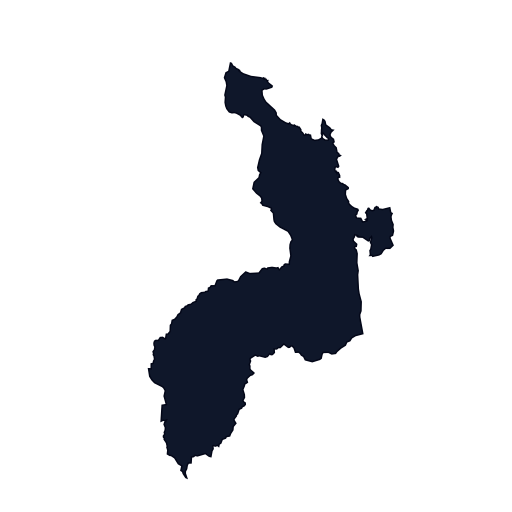 outline of Pisco, Ica, Peru, rotated 163°
{"feature_id": "86281439B1957856782963", "entity_name": "Pisco", "entity_type": "district", "adm_level": 2, "iso_a3": "PER", "parent_name": "Peru", "parent_adm1": "Ica", "projection": "natural_earth1", "projection_center": [-75.992, -13.889], "detail": "fine", "context": "isolated", "style": "filled", "palette": "ink", "viewbox_px": 512, "rotation_deg": 163, "n_neighbors": 0, "source": "geoboundaries", "source_scale": "gbopen_adm2", "svg_char_len": 6126}
<svg xmlns="http://www.w3.org/2000/svg" viewBox="0 0 512 512"><g transform="rotate(163 256 256)"><path d="M332.2,93.7L329.0,96.4L327.7,99.6L324.2,101.9L325.1,105.4L324.6,106.6L321.5,108.8L321.2,109.9L319.8,110.4L317.0,114.3L314.3,114.7L313.2,115.9L311.3,116.1L309.7,117.1L309.3,118.6L310.5,120.1L310.8,121.7L308.4,124.1L307.7,126.9L307.7,132.1L305.0,135.4L304.5,136.7L301.2,137.7L301.2,140.4L300.2,141.7L296.6,143.5L294.1,143.6L292.2,144.7L294.7,148.8L294.8,150.2L294.0,152.6L294.2,154.1L291.9,157.2L292.1,158.5L291.5,159.8L285.6,161.5L283.7,159.7L281.9,159.6L276.8,156.5L274.5,156.6L271.5,158.6L270.4,157.2L269.1,157.0L266.7,158.3L265.9,161.8L263.3,161.1L261.6,161.9L259.6,161.4L255.1,163.7L251.8,159.2L250.5,158.9L249.4,159.6L247.8,159.6L246.5,156.9L246.4,152.4L243.3,151.6L242.0,149.7L241.6,148.0L239.8,146.0L239.2,142.3L233.1,138.5L225.3,138.5L223.6,139.1L221.6,142.7L220.0,144.2L214.8,142.7L212.2,140.2L208.4,139.6L206.6,141.0L201.7,143.2L196.6,144.6L194.4,147.2L191.0,147.5L188.5,149.7L184.2,150.8L176.6,150.5L174.7,167.1L174.0,169.7L171.7,172.8L168.8,181.5L168.5,189.7L167.8,194.5L164.3,208.4L162.6,212.1L161.6,220.0L158.6,228.7L158.4,232.5L159.4,234.2L159.3,235.2L158.6,236.1L157.3,235.9L156.3,237.8L158.5,241.8L158.3,243.8L156.3,245.6L155.3,247.5L152.7,245.7L152.4,244.7L153.1,244.7L152.7,244.3L148.4,242.8L144.2,237.6L143.2,237.5L142.2,239.4L139.9,240.8L140.0,239.3L142.5,235.6L142.1,233.0L144.3,228.8L145.4,227.9L146.2,223.8L146.9,223.2L144.8,222.7L144.5,221.6L138.2,221.1L135.7,221.6L132.6,224.3L129.8,225.5L125.7,224.2L121.8,226.2L122.7,234.2L121.8,235.5L119.4,235.9L117.2,239.7L116.8,243.4L115.7,246.0L116.1,250.5L115.6,253.6L115.1,254.9L113.4,256.9L114.5,258.0L114.0,263.0L121.3,263.4L125.0,265.1L125.0,266.8L126.3,267.9L126.8,267.0L127.6,267.7L128.2,267.4L129.9,265.2L131.5,265.3L133.2,266.3L134.2,268.7L134.9,268.7L136.3,266.7L136.7,266.9L138.5,265.3L137.8,264.0L138.6,259.3L140.2,259.0L139.1,258.3L139.1,257.7L139.8,257.1L140.4,257.1L140.4,257.6L141.6,257.0L144.1,257.4L144.8,261.4L148.5,262.7L148.9,263.6L148.8,266.2L147.3,266.7L146.4,268.5L144.9,269.9L145.1,271.0L148.0,273.0L150.0,275.3L151.7,278.3L152.0,279.9L151.5,281.0L152.5,284.4L152.6,288.7L151.1,292.9L148.1,293.5L147.8,294.4L150.1,297.9L151.5,298.8L151.9,299.9L153.6,300.6L154.9,302.8L155.3,304.8L154.9,306.5L154.0,307.4L153.0,306.9L152.5,308.5L152.9,311.7L153.9,312.1L154.3,311.6L154.3,312.5L154.5,312.2L155.2,313.3L155.5,315.5L154.4,317.8L153.2,318.0L151.7,316.9L150.7,317.7L150.8,325.1L148.0,327.5L146.9,327.0L145.9,327.4L147.0,328.4L147.0,329.9L148.2,331.3L147.7,336.1L149.1,338.7L149.6,341.2L149.2,342.0L148.0,342.3L147.8,345.0L149.6,347.6L150.0,350.1L148.2,352.4L145.5,353.8L147.1,354.6L148.0,357.0L151.0,361.0L150.7,364.6L151.2,366.1L152.1,367.1L154.0,363.3L155.3,361.8L155.6,359.4L157.7,354.0L157.4,351.0L156.8,355.5L153.1,348.1L152.4,347.6L152.2,346.6L153.3,345.7L155.9,346.5L157.9,348.8L158.2,350.8L158.9,349.5L162.3,348.7L166.2,349.4L169.0,351.9L168.6,355.6L169.3,355.6L170.1,356.9L172.1,357.1L172.7,358.1L173.8,357.2L174.7,357.4L175.5,360.3L176.7,362.1L176.2,363.7L177.0,366.5L177.7,366.4L178.3,367.7L179.6,368.2L181.0,369.9L181.5,369.3L182.5,370.4L183.4,370.5L184.8,372.5L184.9,373.4L186.3,372.9L188.8,374.7L193.0,379.3L195.5,384.6L194.9,387.0L195.6,390.1L201.6,400.3L202.5,403.6L203.0,407.9L201.9,412.8L199.3,413.5L197.2,412.7L191.6,412.8L190.8,413.8L193.7,418.0L194.0,419.5L193.5,420.3L194.3,420.5L194.9,422.3L195.9,422.4L195.8,423.3L196.7,423.1L196.8,424.1L197.9,424.0L199.6,425.2L208.3,429.1L215.0,434.0L217.2,436.6L217.5,438.3L218.1,438.2L218.3,439.4L220.5,441.4L220.9,442.7L222.7,444.6L223.2,447.4L224.0,448.0L228.0,440.6L231.1,440.0L234.0,435.7L233.5,431.4L234.0,427.5L238.7,419.0L238.7,416.9L240.6,411.9L241.0,408.4L240.8,405.4L239.4,401.6L237.2,400.0L234.7,399.5L232.9,398.4L229.8,395.2L228.6,392.5L227.6,392.8L226.8,394.2L225.9,394.7L223.3,393.2L222.7,391.9L221.0,390.4L218.6,385.1L213.4,379.1L213.1,377.5L214.0,374.6L213.4,368.4L217.5,360.7L220.5,352.4L224.5,347.0L228.5,340.1L228.8,337.1L227.0,334.3L228.8,332.6L230.2,330.0L236.2,327.0L239.4,321.2L237.1,316.0L234.4,312.1L233.6,309.8L234.2,306.6L235.9,305.5L235.1,304.5L234.7,302.6L230.2,299.8L227.4,297.3L227.4,296.4L228.4,295.3L226.8,292.0L228.2,285.3L228.3,283.6L227.5,281.0L224.5,276.6L218.1,270.3L216.7,265.6L216.4,261.6L216.8,260.4L218.4,259.4L220.1,256.8L221.3,253.5L222.6,245.8L225.7,240.9L226.6,238.3L230.4,239.8L231.7,239.3L232.3,238.2L234.5,238.0L237.6,235.9L238.1,236.4L238.4,238.4L240.0,238.5L244.0,240.4L248.2,241.1L249.3,240.2L251.6,241.9L253.7,242.0L258.2,238.8L267.1,241.0L270.5,243.7L276.7,240.7L280.0,237.3L281.5,237.0L284.3,237.5L285.4,239.3L290.5,242.4L299.7,244.2L300.6,243.7L303.9,239.5L307.6,240.6L309.0,239.4L310.8,239.2L311.9,236.6L312.5,236.4L314.5,236.7L315.5,236.2L319.0,236.9L320.8,236.3L322.4,234.7L323.3,234.5L324.9,232.1L326.1,231.6L326.4,230.1L329.9,229.9L332.1,228.8L335.2,229.1L336.5,228.4L338.4,228.4L339.4,227.3L342.8,226.7L344.8,223.7L347.7,222.7L349.4,220.9L352.3,219.2L354.9,219.0L356.6,215.7L358.1,214.8L360.1,209.0L363.1,207.0L364.6,207.4L366.5,203.6L367.2,203.3L369.1,205.5L371.4,206.0L374.0,203.8L376.6,204.6L377.9,204.2L379.0,202.6L379.5,200.6L379.2,198.4L379.9,197.5L380.1,196.4L382.4,194.6L382.4,192.8L383.1,191.6L382.7,190.1L383.2,186.9L384.7,185.4L385.7,183.4L387.7,183.5L389.2,178.7L391.7,179.6L392.8,172.0L391.7,167.9L390.0,164.5L383.8,158.6L382.8,157.0L382.1,153.7L384.8,148.9L385.1,140.1L389.4,140.7L395.0,125.8L392.8,126.1L391.3,125.3L389.6,125.3L390.9,123.8L391.8,123.8L393.1,121.8L392.8,118.4L393.8,115.9L395.3,114.1L395.3,112.4L397.2,110.9L397.4,109.7L396.8,108.9L397.4,107.5L396.2,103.5L396.5,99.8L397.1,99.2L397.1,96.1L398.6,92.6L396.8,90.6L395.4,90.0L392.8,86.8L391.0,80.0L388.2,77.0L390.5,72.9L389.2,71.3L389.2,69.2L387.9,64.7L387.1,64.0L387.2,68.7L386.5,70.8L384.6,72.7L383.0,75.9L381.3,77.8L378.6,77.1L376.5,82.6L374.3,82.4L372.6,83.2L370.4,82.0L362.1,81.9L359.3,78.2L357.8,77.3L355.1,82.5L353.4,84.1L352.9,86.9L351.9,87.1L350.5,86.1L348.2,86.2L347.3,84.9L346.2,86.9L344.4,87.3L341.9,90.5L338.4,90.7L337.4,91.8L336.4,91.9L333.8,91.6L332.2,93.7Z" fill="#0f172a" stroke="#020617" stroke-width="1.5"/></g></svg>